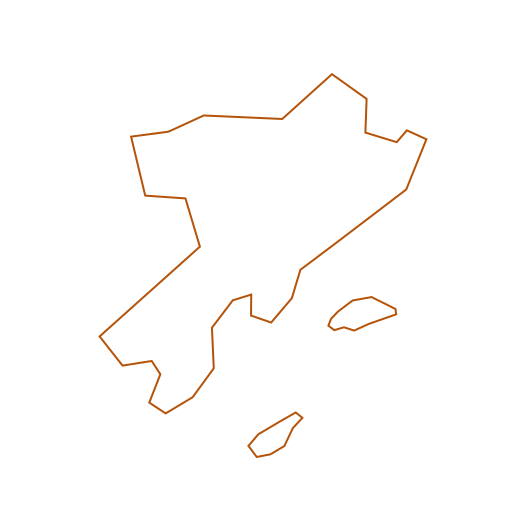 outline of Port Glaud, rotated 284°
{"feature_id": "SYC-5218", "entity_name": "Port Glaud", "entity_type": "state/province", "adm_level": 1, "iso_a3": "SYC", "parent_name": "Seychelles", "parent_adm1": "", "projection": "equal_earth", "projection_center": [55.401, -4.652], "detail": "fine", "context": "isolated", "style": "outline", "palette": "amber", "viewbox_px": 512, "rotation_deg": 284, "n_neighbors": 0, "source": "natural_earth", "source_scale": "10m", "svg_char_len": 807}
<svg xmlns="http://www.w3.org/2000/svg" viewBox="0 0 512 512"><g transform="rotate(284 256 256)"><path d="M410.5,393.1L356.9,385.7L288.5,330.9L253.4,302.4L223.8,301.0L195.1,286.8L197.0,265.6L217.4,260.7L207.4,244.2L175.7,230.6L136.8,242.2L103.7,228.7L81.4,206.4L87.9,187.9L118.1,191.8L128.9,180.2L117.4,153.0L140.1,123.7L251.5,199.3L294.8,173.6L287.8,133.9L341.6,105.9L355.4,140.9L379.7,171.3L395.3,248.3L450.8,285.7L435.2,325.3L402.2,332.3L400.5,365.0L414.4,372.0L410.5,393.1ZM213.1,344.0L221.8,348.9L236.2,360.5L244.1,378.0L240.5,394.5L238.3,404.2L233.3,406.1L217.4,381.9L207.4,369.3L208.1,358.6L203.0,349.9L205.9,343.1L213.1,344.0ZM69.9,294.6L83.6,301.4L100.8,318.8L113.8,332.4L110.2,340.2L98.0,333.4L78.5,329.5L67.0,317.9L61.2,305.3L69.9,294.6Z" fill="none" stroke="#b45309" stroke-width="2"/></g></svg>